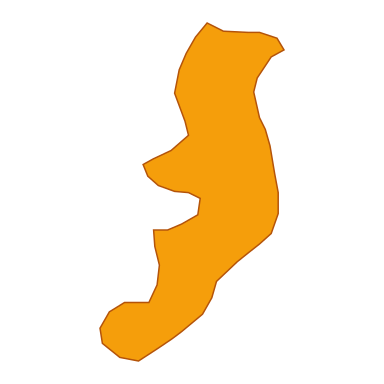 outline of Aloda, Cyprus
{"feature_id": "46923920B29030775604089", "entity_name": "Aloda", "entity_type": "district", "adm_level": 2, "iso_a3": "CYP", "parent_name": "Cyprus", "parent_adm1": "", "projection": "orthographic", "projection_center": [33.828, 35.211], "detail": "fine", "context": "isolated", "style": "filled", "palette": "amber", "viewbox_px": 384, "rotation_deg": 0, "n_neighbors": 0, "source": "geoboundaries", "source_scale": "gbopen_adm2", "svg_char_len": 766}
<svg xmlns="http://www.w3.org/2000/svg" viewBox="0 0 384 384"><path d="M284.0,49.9L277.0,38.2L259.5,32.4L247.9,32.4L223.4,31.2L207.1,23.0L195.5,37.1L186.2,53.4L179.2,69.8L174.6,93.2L185.0,121.2L188.5,135.3L171.1,150.5L153.6,158.7L143.1,164.5L147.8,176.2L158.3,185.5L174.6,191.4L188.5,192.6L200.2,198.4L197.8,214.8L181.5,224.1L167.6,230.0L153.6,230.0L154.8,246.4L159.4,265.1L157.1,284.9L148.9,302.5L124.5,302.5L109.4,311.8L100.0,328.2L102.4,343.4L119.8,357.4L138.5,361.0L158.3,348.1L172.2,338.7L181.5,331.7L202.5,314.2L211.8,297.8L216.5,281.4L237.4,261.6L249.1,252.2L259.5,244.0L271.2,233.5L278.2,213.6L278.2,192.6L274.7,173.9L270.0,145.8L265.3,129.4L259.5,117.7L253.7,92.0L257.2,78.0L271.2,56.9L284.0,49.9Z" fill="#f59e0b" stroke="#b45309" stroke-width="1.5"/></svg>